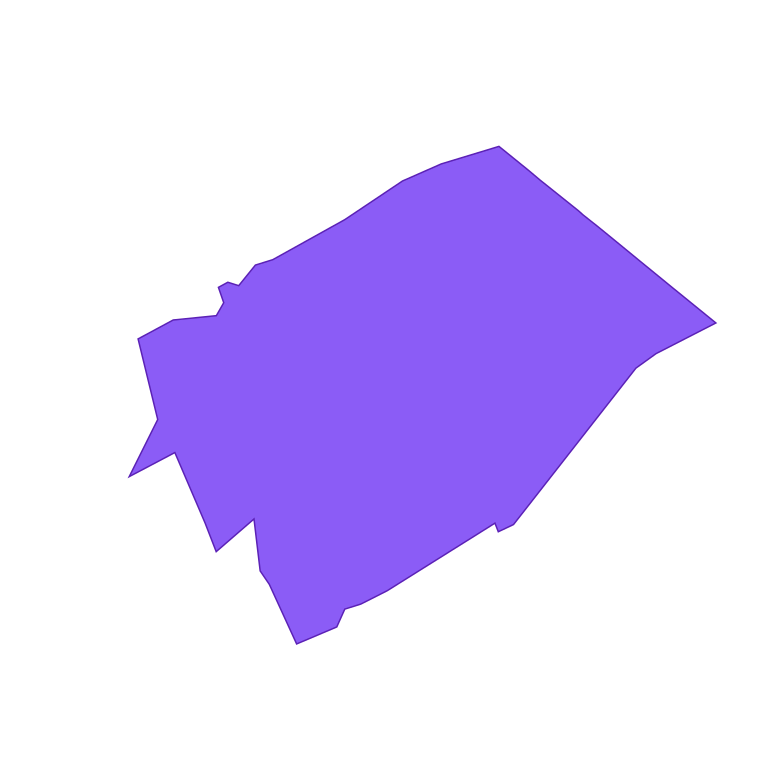 outline of Bedford, Pennsylvania, United States of America, rotated 219°
{"feature_id": "52423323B14899262038475", "entity_name": "Bedford", "entity_type": "district", "adm_level": 2, "iso_a3": "USA", "parent_name": "United States of America", "parent_adm1": "Pennsylvania", "projection": "albers", "projection_center": [-78.468, 40.025], "detail": "fine", "context": "isolated", "style": "filled", "palette": "violet", "viewbox_px": 768, "rotation_deg": 219, "n_neighbors": 0, "source": "geoboundaries", "source_scale": "gbopen_adm2", "svg_char_len": 687}
<svg xmlns="http://www.w3.org/2000/svg" viewBox="0 0 768 768"><g transform="rotate(219 384 384)"><path d="M444.2,641.0L478.0,591.1L497.4,553.4L517.9,487.1L548.7,410.6L558.8,395.5L558.8,369.0L569.4,364.8L573.5,354.9L559.7,346.3L557.3,331.6L588.1,301.1L603.5,264.3L537.5,214.0L523.7,151.7L503.4,199.1L435.6,163.4L408.9,148.1L400.1,197.3L362.6,160.8L347.0,156.1L288.3,127.0L267.8,165.5L269.3,171.1L270.3,174.9L272.8,184.4L263.5,198.4L251.4,225.4L210.2,345.7L202.2,341.1L194.9,356.3L198.2,554.9L191.7,578.8L164.5,640.3L219.9,640.4L262.6,640.6L294.0,640.8L316.5,640.9L335.7,640.7L341.4,641.0L391.3,640.7L406.1,641.0L444.2,641.0Z" fill="#8b5cf6" stroke="#5b21b6" stroke-width="1.5"/></g></svg>